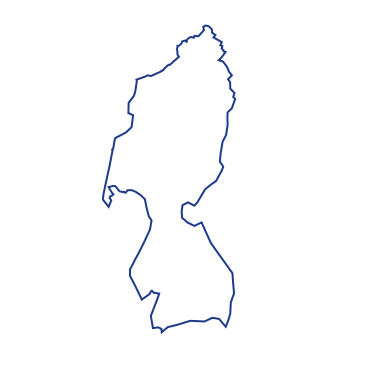 the district of Bopolu, Gbapolu, Liberia, rotated 146°
{"feature_id": "62588387B82153656109433", "entity_name": "Bopolu", "entity_type": "district", "adm_level": 2, "iso_a3": "LBR", "parent_name": "Liberia", "parent_adm1": "Gbapolu", "projection": "orthographic", "projection_center": [-10.518, 7.211], "detail": "fine", "context": "isolated", "style": "outline", "palette": "blue", "viewbox_px": 384, "rotation_deg": 146, "n_neighbors": 0, "source": "geoboundaries", "source_scale": "gbopen_adm2", "svg_char_len": 3234}
<svg xmlns="http://www.w3.org/2000/svg" viewBox="0 0 384 384"><g transform="rotate(146 192 192)"><path d="M239.4,61.4L234.3,64.8L228.3,69.8L221.6,78.7L213.8,84.5L208.5,94.1L203.9,102.0L203.9,103.8L204.0,105.9L204.9,138.9L201.1,161.4L202.1,161.6L208.9,162.5L210.5,165.2L212.8,169.3L214.6,176.0L214.3,176.7L211.4,181.7L207.2,186.4L204.9,186.1L201.2,185.7L197.6,179.3L193.4,180.4L179.6,186.9L171.4,187.6L166.1,187.6L155.5,193.0L151.9,195.5L151.9,197.7L151.9,201.6L147.0,207.6L146.6,208.0L145.6,209.1L138.5,216.6L131.8,220.2L124.4,228.4L121.6,233.1L121.2,233.6L118.0,238.1L113.1,239.0L112.0,239.2L106.3,243.5L104.2,244.9L104.4,246.2L104.6,247.8L101.4,250.3L102.3,255.2L102.5,256.3L99.0,261.7L99.0,265.3L93.7,266.4L93.9,269.8L94.0,271.4L93.9,272.0L93.0,276.0L93.2,280.1L93.4,282.8L93.7,283.3L96.2,286.3L92.3,287.1L89.9,287.9L85.9,289.3L86.4,290.0L87.1,291.0L86.7,291.8L86.6,292.0L87.0,292.5L87.0,293.6L87.0,294.2L87.1,294.5L85.7,295.5L85.2,296.0L85.9,296.9L86.1,297.1L86.1,297.3L86.4,297.7L85.9,298.0L85.2,298.5L83.5,299.6L84.3,301.2L84.7,302.0L85.5,303.7L86.3,305.2L87.5,307.8L87.7,308.2L86.6,308.5L84.8,309.1L85.7,311.4L86.1,312.6L86.3,313.0L86.1,313.3L84.8,314.9L84.7,315.1L84.7,315.4L84.8,316.6L84.9,317.5L85.1,318.4L85.4,319.8L85.4,320.0L87.2,321.9L87.8,322.5L90.4,322.6L91.5,319.5L96.7,318.2L96.9,318.2L98.2,317.8L98.4,317.8L99.5,317.5L101.7,319.3L102.7,320.1L103.6,319.4L104.2,318.9L104.9,319.6L106.3,321.2L108.0,321.3L109.1,321.4L109.6,321.4L110.4,321.2L111.2,321.0L111.3,320.9L111.5,320.4L112.5,319.6L113.1,321.5L114.3,321.9L116.1,322.3L116.5,321.9L117.4,321.1L119.2,320.8L121.0,320.6L121.8,320.8L122.1,321.0L122.1,320.9L122.5,320.7L122.8,320.4L124.2,319.4L124.3,319.4L124.7,318.5L125.4,316.9L125.5,316.8L126.0,315.9L127.2,314.0L127.2,311.4L127.6,311.3L131.6,310.9L139.3,309.8L139.9,310.4L140.9,310.4L141.1,310.5L142.8,310.3L146.0,309.8L147.2,309.2L147.4,309.2L149.3,309.5L149.5,309.1L161.2,311.1L163.5,313.5L164.2,313.7L164.5,313.7L166.2,313.8L166.4,313.9L175.2,316.2L175.3,315.8L175.4,315.4L175.8,314.7L182.8,307.1L185.1,305.2L186.3,304.3L187.9,303.6L194.5,301.5L194.6,301.4L195.5,300.1L195.7,299.9L200.6,293.0L199.5,291.3L199.3,290.9L197.9,288.6L198.1,288.3L200.0,286.2L201.2,284.8L201.7,284.2L203.7,282.0L205.6,279.8L205.9,279.5L208.4,279.1L213.3,278.3L218.3,278.8L220.8,279.1L224.9,279.6L225.4,279.7L227.7,277.7L232.5,272.6L234.3,271.8L234.0,271.5L235.3,270.2L245.6,259.9L252.1,253.7L252.8,253.0L256.5,249.5L266.9,239.4L269.8,235.9L269.8,235.4L270.1,235.2L269.5,228.0L269.4,226.3L263.6,230.2L263.6,233.1L261.9,234.2L260.4,233.7L258.4,234.1L258.8,236.1L258.4,242.7L253.9,241.1L252.3,239.7L251.7,233.1L248.4,229.6L248.2,229.9L247.2,228.5L244.4,229.5L240.9,227.2L238.6,223.7L237.5,220.9L236.3,218.1L235.1,212.4L238.7,203.7L238.8,203.4L240.8,197.8L241.3,196.4L241.4,194.7L241.5,191.0L247.7,184.5L252.4,181.6L260.6,176.7L264.4,174.6L265.4,174.0L271.1,170.8L277.8,167.4L279.1,166.6L286.6,162.5L286.9,162.1L290.3,157.2L291.5,146.4L293.6,131.9L293.8,130.9L288.1,131.0L283.9,131.2L282.2,132.3L280.5,132.6L280.0,129.8L276.0,126.1L281.2,122.2L295.4,112.3L300.5,101.0L295.7,98.7L293.9,95.6L295.5,92.7L287.6,93.5L278.4,90.1L265.5,86.2L254.1,77.7L245.4,76.3L240.5,71.6L239.4,61.4Z" fill="none" stroke="#1e3a8a" stroke-width="2"/></g></svg>